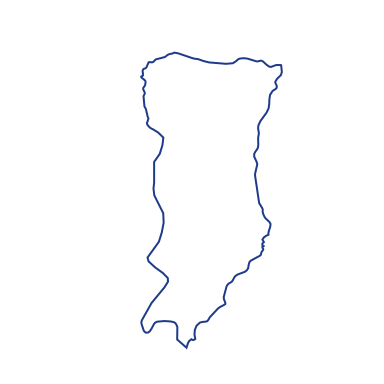 map outline of Lusaka (Natural Earth projection), rotated 289°
{"feature_id": "ZMB-520", "entity_name": "Lusaka", "entity_type": "Province", "adm_level": 1, "iso_a3": "ZMB", "parent_name": "Zambia", "parent_adm1": "", "projection": "natural_earth1", "projection_center": [29.259, -15.303], "detail": "fine", "context": "isolated", "style": "outline", "palette": "blue", "viewbox_px": 384, "rotation_deg": 289, "n_neighbors": 0, "source": "natural_earth", "source_scale": "10m", "svg_char_len": 2939}
<svg xmlns="http://www.w3.org/2000/svg" viewBox="0 0 384 384"><g transform="rotate(289 192 192)"><path d="M295.9,237.2L291.1,236.6L281.4,233.6L276.5,233.1L273.9,233.7L269.3,236.1L264.4,237.0L258.0,239.4L255.3,239.9L253.0,239.5L250.8,238.8L248.4,238.4L245.7,239.3L241.5,243.3L239.5,244.7L229.9,245.7L228.2,246.2L203.4,259.1L199.4,263.9L198.4,264.6L196.2,265.3L194.0,266.8L192.2,268.6L191.1,270.0L188.7,275.2L187.3,276.7L184.5,277.3L179.4,277.4L177.0,277.9L176.5,278.2L174.9,276.5L172.4,274.7L169.9,274.1L168.0,276.3L166.7,275.5L165.5,275.4L164.6,276.0L164.2,277.3L162.9,276.4L162.1,276.8L161.6,277.6L161.0,278.1L160.1,278.0L158.3,277.4L157.6,277.3L155.5,277.5L154.9,277.5L153.8,276.9L146.3,270.0L144.7,269.2L142.5,269.2L138.0,269.9L135.8,269.3L133.8,268.0L129.0,262.2L127.1,260.6L125.4,259.9L121.2,259.2L119.8,258.6L117.7,256.8L116.4,256.0L114.2,255.4L103.0,256.2L101.2,257.0L97.9,259.7L96.8,259.9L95.7,259.1L92.2,255.8L90.3,254.5L79.3,249.6L76.9,249.2L74.8,248.5L73.6,246.6L72.6,244.2L71.1,242.0L67.0,239.8L62.4,239.6L57.9,240.8L54.2,242.9L53.2,242.3L52.5,241.5L52.3,240.5L52.6,239.4L50.4,237.9L47.8,237.4L43.0,237.5L47.7,226.0L59.6,222.1L61.6,220.3L62.7,218.8L62.9,218.0L62.9,217.3L62.9,216.0L62.6,213.8L61.0,207.9L58.1,201.4L56.6,199.8L55.0,199.1L48.9,198.1L46.3,197.3L44.8,196.2L44.0,194.3L44.3,193.0L45.2,191.5L50.9,187.2L51.9,186.7L53.3,186.4L54.7,186.4L73.9,189.9L92.9,197.0L99.4,198.5L102.8,197.1L105.9,190.9L108.7,181.7L112.3,173.5L115.6,171.3L134.1,176.9L143.8,176.6L153.7,175.2L162.6,171.7L176.5,157.5L182.6,154.5L188.4,153.2L208.1,146.4L217.5,149.1L226.7,148.8L234.1,147.2L237.2,140.7L238.5,135.1L238.9,132.2L239.5,130.5L241.1,127.9L242.0,127.1L242.9,126.9L243.6,127.0L247.2,126.9L247.8,126.5L248.7,125.6L255.4,121.4L256.3,120.5L257.0,119.6L257.6,119.1L266.5,115.1L267.2,115.0L269.6,115.3L270.2,115.1L270.8,114.8L273.0,112.6L273.8,112.2L274.5,112.0L276.3,112.6L277.2,112.8L278.3,112.8L280.1,112.5L281.0,112.2L281.7,111.8L282.1,111.3L282.4,110.7L282.7,110.1L283.5,107.5L284.1,106.6L284.6,106.4L285.0,106.8L285.4,107.2L286.2,107.7L287.2,107.2L288.3,107.0L289.3,106.3L290.1,106.0L290.9,105.8L291.6,105.9L292.2,106.0L292.7,106.3L293.8,107.7L294.8,108.3L300.6,108.8L301.0,109.7L301.4,111.4L301.8,112.4L302.5,113.1L305.1,114.3L305.6,114.7L306.0,115.2L310.5,122.0L311.1,122.6L311.7,123.1L313.4,124.1L314.3,124.9L315.4,126.4L316.3,128.0L317.5,129.4L318.0,129.8L318.6,133.7L318.7,149.5L318.8,149.7L318.8,150.6L319.6,154.5L319.6,160.4L320.1,166.1L324.3,182.5L327.1,188.8L330.7,191.5L332.3,192.2L333.8,193.9L334.9,196.3L335.7,198.7L336.2,201.4L336.5,210.0L336.8,211.5L338.5,214.1L338.8,215.4L338.5,216.7L336.5,221.3L335.7,224.2L336.0,226.0L339.2,229.9L339.7,230.9L341.0,234.8L340.8,235.1L339.2,235.8L334.7,237.9L331.5,238.0L328.0,236.2L326.1,235.4L323.3,234.9L322.3,235.3L320.6,237.0L319.8,237.7L318.0,238.1L316.7,237.6L313.8,235.3L309.3,234.2L304.8,235.0L300.3,236.4L295.9,237.2Z" fill="none" stroke="#1e3a8a" stroke-width="2"/></g></svg>